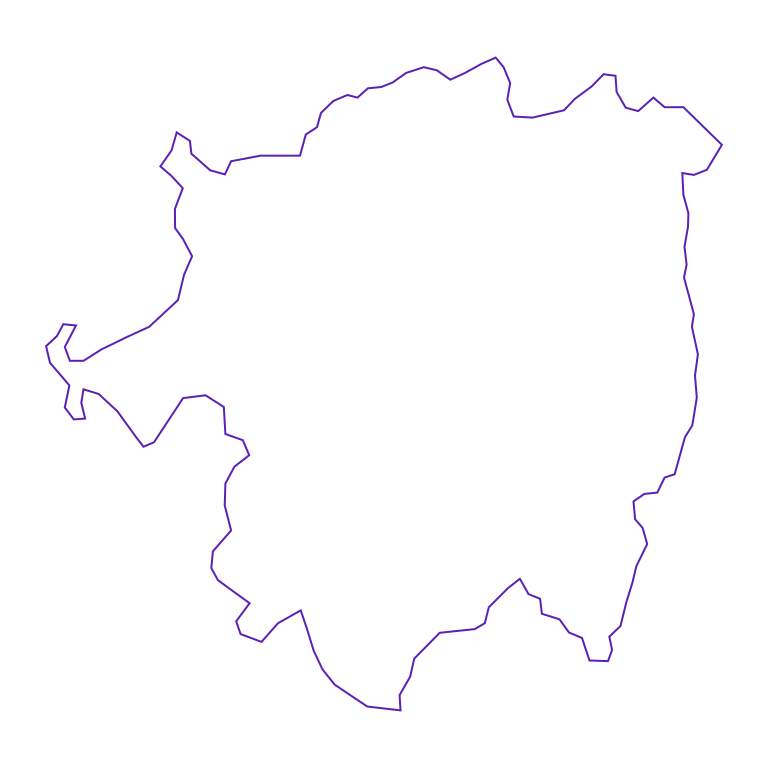 Capela de Santana, Rio Grande do Sul, Brazil (Robinson projection)
{"feature_id": "56859067B10907533932914", "entity_name": "Capela de Santana", "entity_type": "district", "adm_level": 2, "iso_a3": "BRA", "parent_name": "Brazil", "parent_adm1": "Rio Grande do Sul", "projection": "robinson", "projection_center": [-51.367, -29.711], "detail": "fine", "context": "isolated", "style": "outline", "palette": "violet", "viewbox_px": 768, "rotation_deg": 0, "n_neighbors": 0, "source": "geoboundaries", "source_scale": "gbopen_adm2", "svg_char_len": 1867}
<svg xmlns="http://www.w3.org/2000/svg" viewBox="0 0 768 768"><path d="M721.9,144.8L683.4,107.2L664.6,107.2L653.4,97.6L638.2,111.1L625.7,107.7L616.6,91.9L615.5,75.8L603.6,74.2L591.7,86.4L574.8,98.9L564.0,110.3L545.9,114.5L532.5,117.6L513.7,116.5L507.3,99.7L510.2,83.1L503.6,67.2L495.7,57.6L481.4,63.9L465.1,72.9L450.3,79.7L436.9,70.3L423.9,67.2L406.2,72.9L392.6,82.5L381.3,87.0L367.9,88.3L357.5,97.6L347.4,95.0L333.3,101.0L321.0,112.9L317.0,127.2L305.8,134.5L300.0,155.7L260.4,155.7L231.1,161.2L224.9,174.4L210.2,170.3L191.4,153.7L189.9,140.9L176.7,132.4L171.6,150.3L160.4,166.4L171.2,175.7L182.8,188.2L174.9,208.9L175.1,228.1L182.9,238.8L192.1,256.2L184.0,274.9L178.0,300.0L149.2,326.8L127.1,336.9L101.1,349.6L83.5,360.8L69.9,360.8L64.8,347.0L76.0,325.5L63.3,324.2L56.9,336.1L46.1,346.2L50.0,362.8L69.4,385.4L64.8,407.5L73.8,419.4L85.1,418.6L81.3,402.8L83.5,389.3L98.7,394.0L117.5,411.4L136.2,437.3L143.5,446.7L154.0,442.3L183.1,398.1L205.6,395.3L223.8,407.0L225.4,434.0L242.8,440.2L249.2,455.2L234.4,466.7L225.4,483.5L224.7,505.3L231.1,530.5L212.9,551.3L211.3,568.1L217.9,580.1L227.6,587.3L249.6,603.2L236.2,621.3L240.6,634.1L261.5,641.9L278.0,623.2L300.7,610.4L306.9,628.6L313.7,650.7L322.5,669.4L334.7,684.7L367.2,706.5L400.5,710.4L399.6,695.1L410.2,676.6L414.2,658.7L439.7,632.8L474.7,629.1L484.8,623.2L488.8,607.3L508.0,588.1L519.9,578.8L528.5,594.1L540.1,598.8L541.9,613.8L559.5,619.3L569.0,632.5L582.0,638.0L589.5,660.5L608.0,661.1L612.1,649.9L609.3,636.7L620.5,626.0L626.2,602.7L632.4,582.7L636.4,566.1L647.2,544.0L642.6,527.9L635.1,519.3L633.5,501.4L644.3,493.9L657.3,492.6L664.6,477.6L674.7,474.2L684.9,437.3L692.3,425.4L696.8,397.6L695.0,375.6L697.9,354.3L691.9,326.8L693.9,314.1L684.0,277.5L686.6,264.7L684.5,246.8L688.0,226.8L688.4,213.1L683.4,194.9L682.3,173.1L693.9,174.9L706.9,169.8L721.9,144.8Z" fill="none" stroke="#5b21b6" stroke-width="2"/></svg>